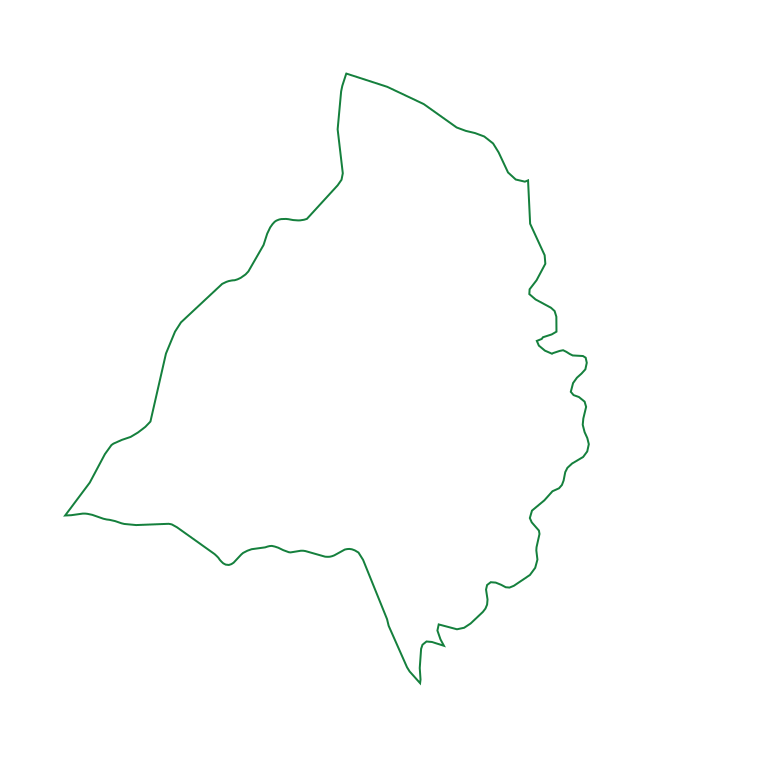 SVG path tracing the border of Soriano, rotated 118°
{"feature_id": "URY-11", "entity_name": "Soriano", "entity_type": "Department", "adm_level": 1, "iso_a3": "URY", "parent_name": "Uruguay", "parent_adm1": "", "projection": "robinson", "projection_center": [-57.662, -33.492], "detail": "fine", "context": "isolated", "style": "outline", "palette": "green", "viewbox_px": 768, "rotation_deg": 118, "n_neighbors": 0, "source": "natural_earth", "source_scale": "10m", "svg_char_len": 2662}
<svg xmlns="http://www.w3.org/2000/svg" viewBox="0 0 768 768"><g transform="rotate(118 384 384)"><path d="M127.6,563.0L120.1,520.7L118.2,480.3L123.4,440.3L122.1,430.6L119.7,421.4L118.4,411.7L120.4,400.6L125.7,391.5L139.0,373.8L141.6,363.7L139.2,354.6L136.6,352.4L173.9,330.2L194.9,302.6L202.1,298.0L220.8,298.0L232.0,299.9L236.4,297.9L238.2,289.9L238.3,272.3L239.5,267.6L243.7,263.4L256.8,256.3L261.5,259.2L268.1,265.6L270.2,265.9L274.2,269.3L277.4,265.3L279.0,257.6L278.4,249.9L277.3,249.2L272.3,244.4L270.1,241.7L270.0,238.1L270.3,234.0L270.2,230.8L265.9,221.5L266.1,218.3L270.1,214.9L276.5,213.1L282.1,214.5L287.8,216.6L294.4,217.5L303.2,215.4L304.8,211.4L304.0,205.8L305.4,198.6L309.3,194.8L320.9,191.8L326.7,189.4L332.3,184.3L336.3,179.1L341.0,174.9L348.1,172.9L354.9,173.9L365.9,180.6L371.9,182.7L376.7,182.6L384.9,180.1L389.6,179.5L393.9,180.5L399.6,184.9L411.4,187.8L426.3,193.9L433.9,192.3L436.8,188.6L440.7,178.4L443.4,176.3L456.5,172.7L459.4,171.4L467.0,166.1L475.3,164.2L484.1,165.5L501.2,174.6L504.8,177.6L506.3,181.1L506.3,186.3L506.9,192.1L508.9,196.7L513.1,198.6L517.6,197.4L525.7,191.4L530.4,189.4L534.7,189.0L538.8,189.7L554.8,195.1L561.6,198.8L566.3,204.4L570.6,222.8L576.6,221.1L583.0,214.2L587.0,208.2L589.3,220.6L591.4,225.6L596.1,227.6L600.4,226.9L618.0,219.1L627.8,213.0L631.2,211.7L625.8,226.4L623.3,230.7L595.3,266.4L590.2,270.9L549.1,319.9L544.8,327.4L544.6,331.7L545.0,334.7L545.9,337.2L547.1,339.1L548.6,340.9L558.7,347.5L560.4,349.0L561.9,350.7L563.1,352.7L564.1,354.9L568.4,374.9L569.2,377.2L570.3,379.2L576.6,387.5L576.7,387.8L577.2,389.1L578.0,395.0L578.2,400.5L578.8,404.1L579.6,407.0L580.8,408.9L582.3,410.6L584.0,412.2L592.0,423.3L595.4,426.4L599.3,429.1L601.6,430.0L612.4,432.9L614.7,434.2L616.6,436.0L617.8,439.0L617.8,441.8L617.1,444.3L616.3,446.5L615.2,448.6L614.4,451.1L613.7,453.8L607.7,499.6L607.6,505.4L608.0,506.9L608.6,508.6L624.9,536.6L629.5,547.6L630.2,550.3L631.3,557.1L632.8,562.6L633.8,565.2L634.7,568.5L636.5,580.2L637.9,585.0L638.8,587.2L639.9,589.2L646.7,598.6L649.8,603.8L609.2,597.5L576.9,597.5L565.9,596.0L563.7,594.9L556.4,589.2L549.7,582.9L542.4,578.5L533.9,574.6L526.8,572.6L459.5,590.8L435.9,593.1L424.9,592.2L371.6,573.9L367.8,571.1L366.0,569.4L363.4,566.2L363.9,566.7L363.3,565.9L362.5,564.6L360.4,562.5L357.6,560.4L352.3,557.7L348.3,556.6L317.8,555.6L306.1,557.7L299.2,558.0L295.2,557.5L292.1,556.7L290.4,555.8L289.4,555.0L287.9,553.7L286.6,552.1L284.3,548.1L283.4,545.9L281.9,541.2L280.0,536.9L278.9,534.9L276.5,531.7L274.4,529.6L230.3,518.2L223.6,517.4L217.3,519.3L180.9,544.5L145.8,559.2L140.3,560.8L127.9,563.0L127.7,563.0L127.6,563.0Z" fill="none" stroke="#15803d" stroke-width="2"/></g></svg>